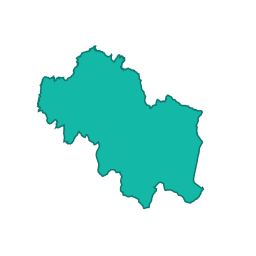 outline of Ruhango, Southern, Rwanda, rotated 36°
{"feature_id": "39286606B52583425373362", "entity_name": "Ruhango", "entity_type": "district", "adm_level": 2, "iso_a3": "RWA", "parent_name": "Rwanda", "parent_adm1": "Southern", "projection": "equal_earth", "projection_center": [29.754, -2.193], "detail": "fine", "context": "isolated", "style": "filled", "palette": "teal", "viewbox_px": 256, "rotation_deg": 36, "n_neighbors": 0, "source": "geoboundaries", "source_scale": "gbopen_adm2", "svg_char_len": 5670}
<svg xmlns="http://www.w3.org/2000/svg" viewBox="0 0 256 256"><g transform="rotate(36 128 128)"><path d="M222.5,152.1L222.8,151.5L222.7,150.5L224.0,148.8L224.5,145.8L225.0,145.5L225.4,144.8L225.6,143.3L225.8,141.6L225.4,139.8L225.6,138.9L225.5,138.3L224.7,137.2L224.9,136.1L224.7,135.2L224.9,133.2L223.2,132.3L223.0,133.2L222.5,133.6L213.6,133.3L211.5,131.5L209.8,128.5L204.1,115.7L201.1,109.6L200.6,108.0L199.4,105.4L197.6,102.5L196.9,98.3L196.8,96.0L195.7,95.1L194.8,95.2L187.4,92.5L187.0,92.1L187.2,91.6L185.7,90.6L184.5,88.7L184.1,88.6L183.7,87.0L183.1,86.4L182.2,86.5L181.8,85.6L181.5,85.5L181.6,84.8L180.7,81.2L179.1,79.0L178.7,76.6L179.0,76.2L178.9,75.2L179.4,74.5L178.7,71.5L177.9,71.0L176.9,71.2L174.8,72.9L173.4,73.4L172.5,73.2L171.2,74.2L170.9,73.9L170.2,74.6L168.4,74.1L167.4,74.8L165.0,75.4L164.1,74.8L162.1,75.9L161.2,76.1L159.8,77.3L158.9,77.6L158.0,78.3L156.4,78.5L155.8,78.0L154.0,77.9L151.3,78.4L150.5,77.8L149.3,77.7L147.5,78.6L145.5,77.6L144.9,77.5L141.0,78.0L140.4,80.0L140.8,80.4L141.5,82.4L141.7,82.6L142.0,82.4L142.4,84.8L141.8,84.8L141.6,85.5L140.5,85.5L140.1,86.5L139.5,86.9L139.1,87.7L138.3,87.5L135.2,87.6L135.1,88.4L135.7,90.5L137.2,93.0L135.6,94.2L134.8,95.8L135.1,97.4L134.9,98.5L134.1,98.9L133.3,97.6L132.9,97.9L131.7,97.5L129.4,98.4L127.5,97.4L126.9,97.5L124.8,95.1L123.6,92.2L120.7,90.7L119.6,89.5L116.3,88.8L114.2,86.4L111.3,84.1L110.6,81.8L108.6,81.9L104.9,77.9L104.1,78.6L102.3,77.9L99.9,78.4L99.5,77.7L98.7,78.3L98.3,78.1L97.7,78.3L96.8,79.4L95.5,78.9L94.7,79.6L93.1,79.6L92.6,80.1L92.4,81.0L91.7,81.4L91.8,82.3L91.6,82.5L90.5,82.6L90.4,83.1L90.3,82.9L89.5,83.3L89.0,82.8L88.4,83.0L88.4,83.5L88.2,83.4L87.9,83.8L86.8,83.2L87.0,82.8L86.0,82.4L86.2,81.7L86.1,81.4L86.3,81.4L85.8,80.6L85.7,80.0L85.3,79.9L85.3,79.3L84.9,78.8L84.9,78.1L85.9,78.2L85.3,77.8L85.4,77.0L85.0,77.0L85.6,75.5L85.2,74.7L84.4,74.2L84.0,74.3L84.0,73.4L83.2,73.4L83.5,73.9L83.2,74.3L83.1,73.8L81.6,73.8L80.8,73.3L80.4,74.0L80.3,74.9L80.1,74.5L79.8,75.1L79.6,74.4L78.4,74.2L78.3,73.9L77.6,74.3L77.5,75.9L77.8,77.3L77.6,79.7L78.0,82.8L74.7,82.5L73.4,81.5L72.4,79.9L72.0,78.7L71.5,78.3L71.4,80.0L70.1,82.1L67.1,82.5L64.8,81.4L63.5,81.8L62.6,81.3L61.3,82.3L60.5,82.4L59.7,82.0L59.3,82.9L58.8,82.8L56.8,84.5L56.3,84.4L56.1,83.2L55.9,83.2L55.9,83.5L55.5,83.2L55.0,83.4L54.7,83.8L54.6,83.1L53.9,81.8L53.6,81.7L53.8,81.1L53.6,80.8L52.6,81.9L52.6,84.0L51.4,85.1L51.6,86.0L50.9,86.3L50.6,86.8L51.3,87.3L51.6,88.2L50.9,88.7L50.0,90.5L49.4,90.5L48.8,91.8L47.4,93.3L47.1,94.3L46.8,94.6L47.1,96.0L46.9,97.7L47.4,97.5L47.6,98.0L46.8,98.9L46.1,99.3L45.4,101.7L45.5,102.1L47.4,102.0L47.6,102.8L47.5,103.8L47.8,104.8L48.9,105.3L49.2,104.4L49.6,104.4L49.9,105.2L49.9,106.4L50.7,106.3L50.8,106.6L50.5,107.7L50.2,108.0L50.5,109.0L49.7,109.8L49.9,110.7L49.8,112.7L50.7,114.3L51.8,114.6L52.0,115.0L52.0,116.9L52.3,117.5L51.7,118.9L52.0,120.2L50.3,122.9L50.2,123.5L50.7,124.5L49.3,126.5L47.1,126.2L46.2,125.0L44.7,126.6L43.2,127.1L43.3,128.7L42.5,128.6L41.9,128.1L41.1,130.2L41.2,130.9L41.7,131.5L41.2,132.2L41.1,133.2L40.1,132.5L38.8,130.5L38.0,131.5L37.4,130.3L36.6,132.7L35.5,134.2L35.1,134.4L34.3,134.0L30.6,135.5L30.6,136.6L30.2,137.6L30.5,138.1L30.5,139.6L31.1,139.6L31.4,140.0L31.3,141.6L32.1,142.4L31.8,142.8L32.1,143.2L32.0,144.1L32.3,143.8L32.5,144.2L33.0,144.5L32.9,145.0L33.2,145.9L34.5,147.1L34.8,148.3L36.1,150.3L36.8,150.4L37.1,152.7L36.6,153.1L37.1,153.7L38.4,153.7L38.7,154.1L38.5,155.1L38.0,155.5L38.5,155.9L38.5,156.4L39.4,157.0L39.1,157.5L39.9,157.8L39.5,158.3L40.3,158.7L40.0,159.9L40.5,160.3L40.5,160.9L41.0,160.9L40.9,161.6L41.4,162.0L41.8,161.9L41.8,162.7L42.3,162.9L42.4,163.5L42.9,163.1L43.6,163.5L44.0,162.8L45.6,163.7L44.9,165.7L45.4,166.1L45.8,167.1L47.6,164.8L47.9,164.8L48.3,164.4L48.9,164.5L49.9,165.6L50.2,165.4L50.4,165.6L52.4,164.7L52.9,165.2L54.4,165.6L54.9,166.2L57.3,167.5L57.5,168.9L58.4,170.1L59.1,170.1L60.1,170.8L61.4,170.8L62.1,170.6L63.2,169.3L64.1,164.1L64.5,163.8L65.3,164.0L65.7,163.8L66.7,164.7L67.5,164.7L67.5,166.6L67.8,167.3L68.7,167.5L69.3,170.0L69.6,169.1L70.2,169.5L71.6,168.6L74.0,163.7L74.8,163.2L75.1,164.4L75.8,164.6L76.6,166.2L77.3,166.3L77.5,167.7L78.0,168.0L79.1,170.0L82.1,172.8L84.2,176.7L84.8,175.7L86.1,175.8L86.9,175.3L87.2,174.8L87.6,176.1L88.5,176.1L90.0,174.9L90.7,174.8L91.4,173.0L91.4,170.4L90.7,168.8L90.9,167.5L90.4,166.3L91.0,163.8L90.8,162.2L90.3,161.4L90.2,160.1L90.4,159.7L91.5,160.3L93.3,160.1L94.8,161.3L95.5,161.0L96.0,161.3L97.7,161.2L98.7,160.9L98.4,158.6L98.2,158.1L98.6,157.7L99.5,157.6L101.9,159.0L104.0,160.9L108.7,160.3L110.4,161.4L111.3,160.4L112.3,156.8L114.1,158.2L115.8,159.9L116.5,163.6L116.5,165.0L117.6,167.7L119.3,169.7L125.6,174.3L127.1,176.7L128.4,179.5L130.1,181.2L131.1,181.1L132.3,181.7L134.0,181.6L135.2,182.1L136.1,181.7L138.4,177.3L137.9,176.0L138.0,174.8L138.6,172.2L139.1,171.4L141.9,169.6L143.7,170.6L144.8,170.8L147.5,168.4L148.1,169.3L149.2,169.9L151.3,170.5L152.0,171.5L152.1,172.8L153.4,175.4L156.2,177.5L156.5,178.0L156.9,180.4L159.0,183.2L160.4,183.4L162.0,182.9L162.5,183.5L162.3,183.8L163.4,185.0L164.4,184.9L165.2,184.0L167.2,183.9L168.6,183.5L170.3,181.8L171.1,180.7L172.5,180.7L174.2,180.0L176.2,179.9L178.4,179.4L180.5,181.6L182.4,181.4L183.8,182.0L185.7,182.1L187.8,183.7L188.3,183.6L190.7,180.5L191.7,179.9L190.0,176.7L189.9,174.1L189.5,172.4L188.6,171.3L188.0,168.9L187.4,168.3L187.6,167.1L187.3,165.7L187.7,164.6L187.3,163.6L187.8,162.3L186.6,160.4L186.1,160.7L184.0,160.6L184.4,159.4L185.0,154.5L185.8,152.9L189.3,152.0L193.4,155.8L194.6,156.5L195.6,156.0L196.6,154.4L197.1,154.4L198.3,153.3L200.0,152.7L203.3,152.4L205.4,151.4L208.4,152.6L209.5,152.0L211.6,151.5L213.4,151.6L217.6,153.9L222.5,152.1Z" fill="#14b8a6" stroke="#0f766e" stroke-width="1.5"/></g></svg>